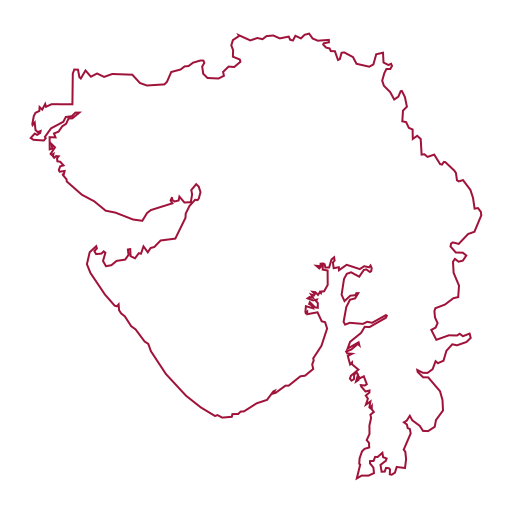 Gujarat, Equal Earth projection
{"feature_id": "IND-3264", "entity_name": "Gujarat", "entity_type": "state/province", "adm_level": 1, "iso_a3": "IND", "parent_name": "India", "parent_adm1": "", "projection": "equal_earth", "projection_center": [71.839, 22.391], "detail": "fine", "context": "isolated", "style": "outline", "palette": "rose", "viewbox_px": 512, "rotation_deg": 0, "n_neighbors": 0, "source": "natural_earth", "source_scale": "10m", "svg_char_len": 5961}
<svg xmlns="http://www.w3.org/2000/svg" viewBox="0 0 512 512"><path d="M234.2,67.0L240.4,61.8L239.8,59.5L232.9,56.7L233.1,50.1L231.3,45.4L232.9,40.1L239.1,36.0L238.6,35.1L250.3,40.4L257.4,38.0L262.5,39.2L266.5,36.1L273.3,35.5L279.8,38.4L288.7,36.6L290.2,39.8L292.9,40.5L295.4,35.8L300.9,38.4L304.6,34.8L309.1,33.6L312.6,38.5L317.8,40.7L328.8,39.9L328.9,42.3L323.7,43.3L323.2,44.6L326.1,47.6L329.6,48.4L330.8,51.1L334.9,51.2L338.0,60.0L339.8,59.1L341.6,52.8L344.2,52.4L353.0,57.1L356.5,63.8L369.3,66.7L373.4,64.4L376.2,54.3L383.0,52.7L383.5,62.5L388.4,65.0L391.1,63.8L392.0,65.9L390.3,69.0L386.4,69.0L384.3,73.2L382.2,80.6L383.9,85.8L390.2,92.1L394.2,99.5L398.3,96.7L400.7,91.2L401.9,91.0L404.9,97.0L406.9,106.7L403.0,110.6L402.3,121.3L406.1,122.1L408.8,127.8L412.6,129.5L412.8,138.9L417.2,135.8L420.7,139.0L421.6,154.6L424.4,154.3L427.6,156.9L434.2,154.6L440.1,164.1L442.0,164.6L443.9,161.9L445.4,162.2L454.3,170.6L455.9,172.9L457.0,180.3L458.8,181.4L463.0,180.1L470.4,189.9L473.0,197.8L474.6,208.6L478.0,208.1L480.8,211.8L481.3,215.3L474.4,231.8L468.1,234.0L458.7,243.9L452.8,242.4L451.1,243.6L450.5,246.5L455.8,252.5L462.8,252.7L466.3,255.5L462.9,260.6L458.6,261.7L454.9,258.9L453.0,261.7L453.6,272.8L459.0,285.6L458.2,297.1L453.4,298.2L444.9,304.6L435.4,308.2L434.4,311.2L435.0,317.5L437.6,323.1L435.6,327.6L431.3,329.9L436.3,339.8L448.9,335.3L457.0,335.5L459.7,333.8L462.9,336.2L469.6,333.6L470.7,337.9L466.5,342.0L457.0,345.3L452.3,344.3L446.4,350.8L443.5,360.7L437.9,363.2L435.6,361.2L432.6,369.2L427.5,372.9L422.9,372.8L417.3,370.0L417.7,372.0L423.1,377.3L428.2,377.4L440.0,391.2L442.5,400.0L443.0,410.5L436.0,420.0L434.7,426.8L428.1,431.1L423.0,430.9L419.8,425.9L412.3,420.3L409.8,415.8L406.7,420.7L403.9,422.3L406.9,424.5L407.7,428.1L409.8,429.0L410.7,433.4L403.7,449.7L405.3,451.7L406.1,459.3L405.0,468.0L396.7,467.0L394.9,472.7L391.7,474.7L389.8,474.3L390.0,469.5L388.9,468.2L386.0,467.9L384.7,471.6L381.6,471.7L380.5,464.9L385.8,460.8L386.6,458.5L383.1,457.2L382.4,452.8L377.6,457.0L375.1,456.9L373.6,460.9L370.0,461.1L370.0,463.4L373.4,467.6L374.0,473.1L368.6,475.6L361.7,475.6L356.8,478.4L360.2,464.6L359.2,463.7L359.6,458.3L362.0,451.4L364.6,448.8L369.2,447.5L369.0,442.9L366.7,440.1L369.5,434.0L369.4,425.6L371.1,417.9L370.4,414.7L373.8,412.0L371.8,409.3L371.8,406.0L370.4,408.2L369.4,407.4L370.4,401.5L365.9,404.6L367.9,398.7L365.8,395.6L369.4,392.5L369.5,390.5L365.5,391.5L361.2,386.5L360.8,385.1L364.8,385.5L366.8,384.2L363.8,376.3L360.0,378.2L359.0,376.9L358.5,379.9L356.0,381.6L358.0,374.5L357.0,373.0L354.3,374.0L353.9,379.2L351.5,380.6L349.9,378.6L351.0,375.7L358.4,369.6L352.1,364.4L352.0,362.4L350.1,364.4L347.8,355.9L352.0,353.8L347.2,353.4L346.2,351.6L351.3,349.5L357.9,343.9L359.3,345.2L358.6,342.3L347.6,348.6L350.1,341.8L361.1,332.9L364.7,326.8L369.5,327.1L385.8,317.8L386.8,315.8L385.9,315.1L372.1,322.8L367.2,321.8L362.9,323.9L349.8,322.8L345.1,324.6L343.6,321.8L346.3,307.0L350.0,299.7L355.1,298.4L358.3,293.1L356.4,293.1L355.3,295.2L350.3,295.7L344.5,301.1L341.6,294.8L344.0,279.0L346.8,273.8L351.1,272.3L359.2,276.7L363.8,270.0L366.3,269.4L369.9,272.0L371.2,271.1L371.7,268.1L370.5,265.5L369.1,267.3L364.2,266.2L359.8,269.1L346.7,264.8L339.0,270.2L338.8,267.2L333.7,268.2L332.9,262.5L334.6,260.5L334.1,257.3L331.5,259.5L329.1,267.5L325.3,267.5L324.6,264.2L322.8,263.5L320.6,263.7L320.4,266.2L316.3,265.8L319.3,268.4L322.8,264.8L322.7,269.6L327.6,270.5L327.7,284.9L324.1,291.3L321.5,291.5L321.0,293.1L320.0,291.8L318.0,294.9L315.3,292.1L312.6,291.8L314.8,294.1L313.9,295.5L311.1,294.5L313.0,297.8L309.6,297.0L307.7,298.4L313.1,300.4L316.9,299.6L316.1,301.1L317.8,303.0L317.8,307.8L315.0,307.3L309.8,302.2L309.2,304.0L311.8,305.4L313.1,308.3L305.9,306.2L305.4,311.8L305.7,312.9L307.2,311.6L307.2,314.2L317.5,312.3L321.7,321.3L325.1,322.2L327.1,328.5L321.4,345.9L313.2,358.4L313.7,360.3L312.2,364.4L313.2,369.0L305.0,375.7L300.4,376.3L288.6,385.7L285.4,385.7L275.7,392.8L273.3,393.5L274.7,390.8L273.4,391.4L267.0,399.9L256.7,403.3L243.9,411.4L240.6,411.6L238.2,414.0L232.4,414.1L231.8,416.8L222.2,417.6L217.5,415.1L215.0,416.0L200.8,407.4L186.1,395.8L165.9,374.0L150.9,351.2L148.3,343.9L144.6,341.5L135.6,329.4L131.2,326.2L124.8,316.3L121.2,313.5L119.1,310.3L118.6,304.4L116.9,306.3L114.7,305.7L104.9,294.5L90.4,272.9L86.9,264.2L89.7,252.2L96.2,246.2L96.9,248.4L94.4,251.1L96.1,254.1L101.4,253.6L103.7,251.4L105.4,252.7L103.0,261.0L106.0,266.2L111.4,265.2L116.6,260.9L125.2,259.6L128.5,254.9L127.9,249.5L130.2,249.1L130.6,256.2L135.0,258.3L138.8,253.2L141.0,253.7L143.5,246.4L147.8,252.3L150.6,248.0L154.3,247.0L160.6,240.5L175.3,238.6L185.5,217.8L185.7,213.6L189.5,205.9L195.1,199.8L197.5,200.1L198.8,198.5L200.5,192.1L198.7,186.6L196.2,184.2L191.3,190.0L192.1,194.4L190.8,202.2L184.4,202.5L179.4,196.6L178.6,200.5L174.4,201.5L172.0,199.5L172.1,197.2L170.6,200.5L172.4,203.3L150.8,210.1L147.0,213.1L142.3,220.8L133.0,219.5L115.4,212.6L105.7,210.7L94.2,201.3L81.8,194.7L66.8,181.5L66.5,179.3L62.9,175.0L62.7,173.6L63.6,174.9L64.6,171.0L59.6,171.7L58.8,170.0L60.2,166.3L63.5,165.4L60.3,161.8L57.4,161.3L57.0,158.4L58.6,156.3L56.1,156.1L54.2,157.8L53.0,156.4L53.5,153.9L51.7,155.0L50.6,153.9L55.0,147.4L51.6,144.1L52.3,148.5L49.7,149.3L49.6,137.2L55.5,137.4L54.0,133.5L58.6,131.6L62.2,126.3L66.1,123.8L68.5,118.6L72.4,118.3L79.3,112.6L75.4,112.6L71.8,116.2L65.8,117.0L63.3,121.8L51.1,128.3L44.9,136.9L45.7,138.2L43.8,140.5L33.4,139.8L30.7,138.0L34.7,133.6L37.1,134.9L40.2,132.9L40.6,131.0L37.7,132.1L35.5,130.0L34.7,122.5L32.6,125.1L32.3,124.1L33.8,116.0L35.5,112.8L39.3,111.0L39.6,107.1L42.2,109.6L45.2,104.0L46.0,106.8L51.6,104.2L72.4,104.3L72.8,73.5L74.3,69.5L78.0,69.7L79.4,77.2L80.8,78.5L85.5,70.5L90.9,76.7L97.1,73.5L104.1,76.9L112.2,74.0L132.3,74.7L139.9,83.0L146.9,85.5L164.4,84.4L167.0,81.8L171.2,72.0L180.6,69.5L184.6,66.4L188.5,66.1L193.0,62.7L200.4,60.5L203.4,60.6L204.3,62.9L202.2,66.5L203.2,73.7L207.5,78.0L218.5,78.5L223.9,75.8L223.1,71.9L228.6,66.6L234.2,67.0Z" fill="none" stroke="#9f1239" stroke-width="2"/></svg>